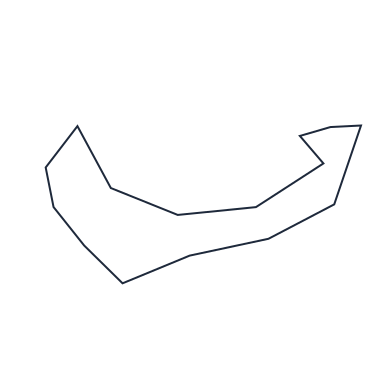 an SVG outline of Lord Howe Island, rotated 104°
{"feature_id": "AUS-2659", "entity_name": "Lord Howe Island", "entity_type": "Territory", "adm_level": 1, "iso_a3": "AUS", "parent_name": "Australia", "parent_adm1": "", "projection": "orthographic", "projection_center": [159.073, -31.556], "detail": "fine", "context": "isolated", "style": "outline", "palette": "slate", "viewbox_px": 384, "rotation_deg": 104, "n_neighbors": 0, "source": "natural_earth", "source_scale": "10m", "svg_char_len": 350}
<svg xmlns="http://www.w3.org/2000/svg" viewBox="0 0 384 384"><g transform="rotate(104 192 192)"><path d="M86.6,44.1L169.6,51.0L218.9,106.5L254.3,178.9L297.4,237.3L270.0,283.7L240.1,322.7L203.6,339.9L155.8,319.1L207.8,271.7L217.7,200.3L191.2,126.3L132.5,71.4L111.5,100.9L95.5,73.4L86.6,44.1Z" fill="none" stroke="#1e293b" stroke-width="2"/></g></svg>